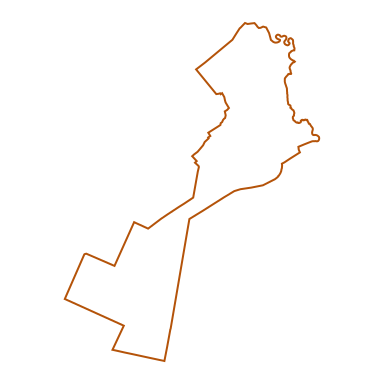 Smardioasa, Teleorman, Romania (Albers equal-area conic projection)
{"feature_id": "2599482B66072076096331", "entity_name": "Smardioasa", "entity_type": "district", "adm_level": 2, "iso_a3": "ROU", "parent_name": "Romania", "parent_adm1": "Teleorman", "projection": "albers", "projection_center": [25.437, 43.807], "detail": "fine", "context": "isolated", "style": "outline", "palette": "amber", "viewbox_px": 384, "rotation_deg": 0, "n_neighbors": 0, "source": "geoboundaries", "source_scale": "gbopen_adm2", "svg_char_len": 5483}
<svg xmlns="http://www.w3.org/2000/svg" viewBox="0 0 384 384"><path d="M170.3,329.4L170.6,328.9L187.6,229.4L189.4,219.0L203.1,210.6L224.2,197.2L234.3,191.1L240.5,189.2L251.3,187.6L262.9,185.3L275.1,179.1L277.0,177.6L278.1,176.6L278.2,176.4L278.2,176.1L278.7,175.8L279.3,174.9L280.2,173.5L280.7,172.4L281.1,171.4L281.3,170.8L281.3,170.3L281.6,169.0L281.9,168.1L282.0,166.7L282.1,165.8L282.1,165.2L282.0,164.5L281.9,163.7L284.4,162.4L290.1,158.6L297.4,154.0L299.9,152.4L299.0,150.3L298.8,149.8L298.7,149.3L298.4,146.8L304.2,144.4L309.5,142.3L311.9,141.4L312.8,141.2L313.4,141.2L314.8,141.2L315.7,141.1L316.7,141.3L317.2,141.3L317.8,141.1L318.2,140.9L318.6,140.4L318.9,139.8L319.1,139.2L319.2,138.3L319.1,137.5L318.9,136.9L318.4,136.4L317.7,135.8L316.9,135.3L316.3,135.1L315.7,135.0L315.0,134.9L314.0,135.1L313.4,135.0L312.8,134.7L312.4,134.2L312.2,133.5L312.1,132.9L312.1,132.2L312.4,131.0L312.7,130.0L312.8,129.4L312.8,128.8L312.7,128.4L312.6,128.0L312.1,127.3L311.0,125.9L310.5,125.1L309.9,124.0L309.2,123.9L308.8,123.7L308.7,123.4L308.6,122.8L308.6,122.6L308.2,122.1L307.9,121.8L307.8,121.5L307.6,121.0L307.6,120.7L307.4,120.3L307.3,120.1L307.2,119.9L306.8,119.9L306.6,120.1L306.3,120.1L306.2,120.0L305.7,119.6L305.4,119.6L305.1,119.6L304.8,119.8L304.6,120.0L304.4,120.0L303.9,120.3L303.7,120.3L303.5,120.1L303.4,120.0L303.0,120.1L302.9,120.0L302.6,119.9L302.3,119.8L302.2,119.8L301.9,119.9L301.7,120.0L301.3,120.4L301.3,120.5L301.1,120.5L300.9,120.7L300.9,120.9L300.8,121.0L300.9,121.4L300.9,121.7L300.8,122.0L300.7,122.2L300.5,122.4L300.3,122.5L300.0,122.6L299.4,122.9L299.1,123.0L298.5,123.0L298.2,123.0L298.0,122.9L297.9,122.7L297.7,122.4L297.3,122.5L297.1,122.6L296.8,122.6L296.6,122.6L296.3,122.4L295.8,122.1L295.4,121.8L295.1,121.4L294.6,120.9L293.9,120.5L293.6,120.3L293.4,120.0L293.3,119.8L293.2,119.2L293.1,118.9L292.9,118.3L292.8,118.1L292.8,117.9L292.8,117.6L292.9,117.2L292.9,116.8L293.0,116.6L293.6,116.1L293.8,115.8L293.9,115.6L294.0,115.4L293.9,114.7L294.0,114.3L294.3,113.3L294.3,112.8L294.2,112.4L294.0,111.8L293.6,110.7L293.5,110.4L293.2,110.2L292.5,109.7L291.9,109.3L291.6,108.9L291.4,108.7L291.3,108.2L291.2,108.0L290.9,107.9L290.6,107.9L290.4,107.8L290.4,107.6L290.4,107.2L290.5,106.8L290.6,106.3L290.5,105.8L290.4,105.6L290.2,105.4L289.8,105.1L289.4,104.9L289.0,104.8L288.7,104.6L288.4,104.2L288.1,103.9L288.1,103.0L288.0,102.1L287.7,100.9L287.6,100.1L287.6,98.6L287.4,97.4L287.4,96.8L287.5,95.7L287.4,94.6L287.1,93.4L287.2,92.8L287.1,92.1L287.0,90.5L286.9,88.4L286.5,87.2L286.3,86.7L285.8,85.1L285.5,84.3L285.2,83.4L284.9,82.2L284.8,81.6L284.8,80.3L284.8,79.2L284.8,78.8L284.9,78.5L285.0,78.2L285.4,77.7L286.2,76.6L287.2,75.6L287.6,75.1L287.9,74.6L288.0,74.4L288.3,74.1L288.7,74.3L289.3,73.9L290.3,74.0L290.9,73.9L291.1,73.9L291.2,73.7L290.9,72.7L290.6,72.0L290.6,71.2L290.5,70.7L290.4,70.2L290.2,69.8L289.9,69.2L289.9,68.9L289.7,68.4L289.6,68.0L289.6,67.5L289.7,67.1L289.9,66.6L290.3,65.8L290.4,65.6L290.6,65.3L290.8,64.9L291.1,64.5L291.7,63.9L292.1,63.5L292.3,63.2L292.5,62.9L293.3,62.5L294.0,62.2L294.4,62.1L294.5,62.0L294.6,61.8L294.8,61.6L294.0,61.0L293.8,60.7L293.3,60.6L292.8,60.4L292.4,60.1L291.7,59.7L290.8,59.1L290.3,58.5L289.8,58.0L289.5,57.6L289.3,57.2L289.1,56.5L289.0,55.6L289.0,54.7L289.1,53.8L289.3,53.2L290.7,52.1L290.8,51.7L291.0,51.6L291.3,51.3L291.8,51.0L293.4,50.4L293.6,50.2L294.3,50.3L294.4,49.8L294.4,49.4L294.5,48.6L294.5,48.3L294.4,47.9L294.1,47.2L293.8,46.5L293.7,46.2L293.7,45.7L293.7,45.3L293.3,44.3L293.1,43.7L293.1,42.9L293.1,41.2L293.0,40.4L292.9,40.0L292.6,39.6L291.4,38.6L291.0,38.3L290.7,38.2L290.4,38.2L290.1,38.3L289.5,38.6L289.1,38.8L288.9,39.0L288.7,39.2L288.6,39.5L288.6,39.9L288.3,40.3L288.2,40.8L288.1,41.2L288.3,41.6L289.0,42.6L289.5,43.0L289.6,43.5L289.4,44.0L289.1,44.3L288.7,44.8L288.3,45.1L287.8,45.2L287.4,45.3L287.0,45.2L286.4,44.9L285.8,44.7L285.4,44.4L285.0,44.1L284.5,43.3L284.3,42.6L284.2,42.2L284.3,41.8L284.5,41.3L285.4,40.2L285.9,39.5L286.2,38.9L286.4,38.0L286.4,37.4L286.3,37.0L286.1,36.7L285.9,36.4L285.3,36.1L284.9,35.9L284.6,35.8L284.2,35.8L283.4,35.9L283.2,36.0L282.8,36.3L282.3,36.5L281.8,36.7L281.2,36.7L280.8,36.5L280.5,36.4L280.3,36.1L280.1,35.7L279.8,35.3L279.2,35.0L278.7,34.8L278.2,34.7L277.8,34.7L277.4,34.8L276.9,35.1L276.6,35.3L276.2,35.8L276.0,36.2L275.9,36.5L275.9,36.9L276.0,37.2L276.3,37.7L276.8,38.4L278.0,39.1L278.9,39.4L279.4,39.6L279.7,39.7L279.9,39.8L280.0,40.1L280.0,40.4L279.9,40.7L279.6,41.2L279.0,41.7L278.2,42.1L277.4,42.4L276.8,42.5L276.0,42.6L275.4,42.6L275.1,42.6L273.4,42.0L270.9,39.9L270.3,37.5L269.1,33.1L266.2,27.5L263.1,26.6L260.6,27.8L258.8,28.0L257.5,26.8L256.4,25.2L254.5,23.1L252.0,23.4L251.0,23.5L247.6,24.0L246.3,23.5L245.0,23.0L240.4,27.8L239.7,28.3L236.1,33.9L232.4,39.8L205.1,62.5L196.1,69.4L216.3,94.1L218.5,93.8L220.1,93.3L220.7,94.2L222.1,93.2L224.3,97.1L225.0,100.5L225.1,100.8L225.6,102.5L228.9,108.0L227.2,109.9L224.8,111.4L225.7,115.3L225.1,118.0L224.0,118.8L222.9,120.2L222.2,122.0L220.7,123.2L220.4,125.0L217.6,126.8L208.3,132.7L210.3,136.0L208.1,137.5L208.6,138.4L204.7,142.0L203.1,145.3L197.6,151.8L194.0,154.5L192.2,156.2L196.7,161.1L195.0,162.7L198.5,165.9L198.9,167.0L197.8,171.6L193.2,197.6L184.2,203.6L179.1,206.8L167.7,214.3L161.2,218.7L148.1,228.6L134.1,222.2L133.9,222.7L114.5,265.9L86.3,253.7L85.0,254.0L84.3,254.4L65.1,298.3L64.8,299.0L122.7,325.2L123.8,325.7L112.5,349.8L118.0,351.0L125.1,352.6L132.3,354.1L146.6,357.2L154.1,358.8L164.4,361.0L167.2,346.6L170.2,330.2L170.3,329.4Z" fill="none" stroke="#b45309" stroke-width="2"/></svg>